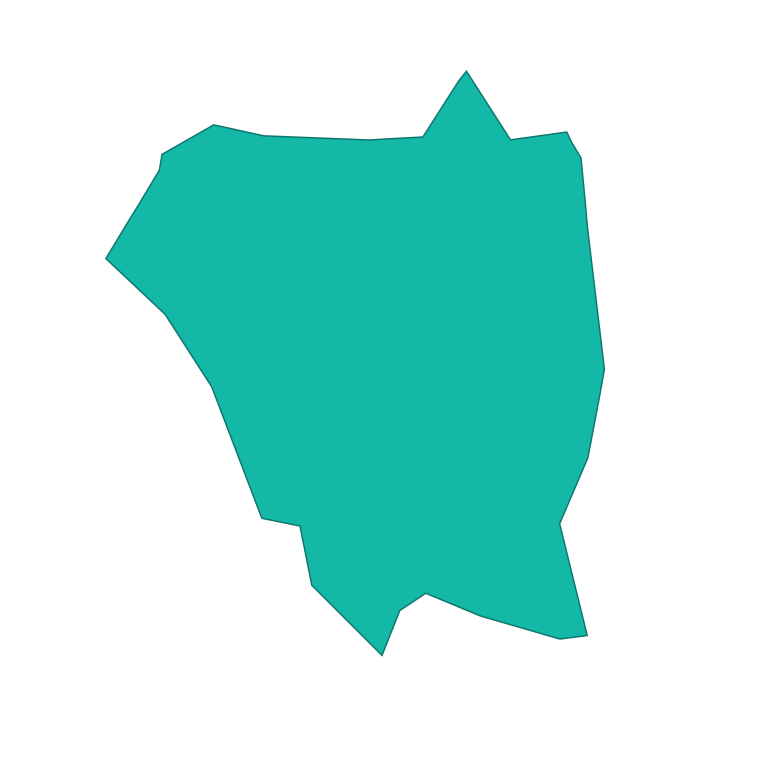 Alegrete do Piauí, Piauí, Brazil (orthographic projection), rotated 77°
{"feature_id": "56859067B12865581171560", "entity_name": "Alegrete do Piauí", "entity_type": "district", "adm_level": 2, "iso_a3": "BRA", "parent_name": "Brazil", "parent_adm1": "Piauí", "projection": "orthographic", "projection_center": [-40.802, -7.206], "detail": "fine", "context": "isolated", "style": "filled", "palette": "teal", "viewbox_px": 768, "rotation_deg": 77, "n_neighbors": 0, "source": "geoboundaries", "source_scale": "gbopen_adm2", "svg_char_len": 648}
<svg xmlns="http://www.w3.org/2000/svg" viewBox="0 0 768 768"><g transform="rotate(77 384 384)"><path d="M674.8,242.6L657.7,242.8L559.7,244.3L501.7,201.9L445.1,177.0L419.4,166.0L406.0,164.5L275.2,150.3L254.2,147.3L208.1,141.2L190.1,147.0L179.6,149.2L174.6,205.8L97.8,233.3L105.1,242.6L152.1,290.6L145.8,326.1L143.1,342.9L115.1,445.5L93.2,491.6L110.3,548.6L124.9,554.7L134.6,563.9L144.6,573.6L154.0,582.6L163.5,592.1L199.2,626.8L240.2,599.4L266.9,581.6L348.0,552.5L467.3,536.0L487.4,533.2L503.5,497.8L563.9,499.6L648.0,447.0L608.2,419.5L597.3,390.4L631.9,342.0L672.0,270.1L674.8,242.6Z" fill="#14b8a6" stroke="#0f766e" stroke-width="1.5"/></g></svg>